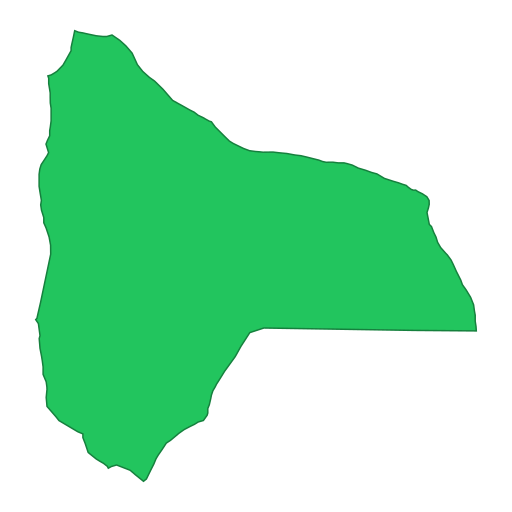 the district of Idanre, Ondo, Nigeria
{"feature_id": "59680162B2298430697284", "entity_name": "Idanre", "entity_type": "district", "adm_level": 2, "iso_a3": "NGA", "parent_name": "Nigeria", "parent_adm1": "Ondo", "projection": "mercator", "projection_center": [5.189, 6.977], "detail": "fine", "context": "isolated", "style": "filled", "palette": "green", "viewbox_px": 512, "rotation_deg": 0, "n_neighbors": 0, "source": "geoboundaries", "source_scale": "gbopen_adm2", "svg_char_len": 2668}
<svg xmlns="http://www.w3.org/2000/svg" viewBox="0 0 512 512"><path d="M35.7,319.6L38.4,323.6L39.2,329.6L40.0,335.6L39.2,338.6L39.7,344.4L40.0,348.3L41.6,356.5L42.3,360.9L43.1,366.9L43.1,374.4L46.2,381.8L46.9,387.0L47.0,390.0L46.9,390.3L46.2,397.5L47.0,406.4L56.0,416.8L59.0,420.6L77.7,431.7L82.9,433.9L82.9,437.6L85.2,443.5L86.7,448.0L88.2,452.5L96.1,458.9L99.8,461.2L103.6,463.4L107.3,466.3L108.3,468.2L111.4,466.5L116.6,465.0L130.0,470.2L133.4,473.0L135.2,474.6L143.5,481.3L146.4,479.0L150.8,470.0L153.8,464.1L156.0,458.8L158.2,455.1L161.9,449.8L166.3,443.1L170.8,440.1L178.9,433.3L184.1,429.6L190.0,426.5L194.5,424.3L198.2,422.0L203.4,420.5L207.1,415.3L207.8,413.0L207.8,408.5L209.3,404.8L210.0,401.8L210.7,398.8L211.4,395.2L212.9,390.7L215.1,387.0L216.6,384.0L218.1,381.7L221.0,377.1L224.7,371.1L226.9,368.1L235.0,356.9L235.9,355.4L240.9,346.4L249.8,332.6L263.9,328.0L395.7,330.1L414.3,330.4L476.3,330.9L476.0,326.4L475.2,321.2L475.2,318.8L475.2,315.2L474.4,310.8L473.6,304.8L470.6,297.3L466.1,289.9L462.4,284.7L460.8,280.2L456.3,271.3L453.3,264.6L451.1,260.1L447.3,254.9L445.8,253.4L440.6,247.5L437.6,242.3L436.0,237.1L433.8,232.6L431.5,226.6L429.3,224.4L427.0,212.5L428.4,208.0L429.2,204.3L429.1,200.5L426.9,196.8L422.4,193.8L417.9,191.6L415.7,190.1L413.5,190.2L411.2,189.4L408.2,187.2L406.2,185.4L402.3,184.2L398.5,182.8L393.3,181.3L384.4,178.4L376.9,173.9L371.7,172.5L365.7,170.3L358.3,168.1L352.3,165.1L347.1,163.6L344.1,162.9L341.9,162.9L338.3,162.9L332.9,162.2L329.2,162.2L326.2,162.3L322.5,161.5L318.8,160.1L312.8,158.6L306.9,157.1L300.9,155.7L294.9,155.0L286.8,153.5L279.3,152.8L273.3,152.1L270.4,152.1L262.9,152.2L259.4,151.8L255.5,151.5L249.5,150.7L243.6,148.5L237.6,145.6L233.1,143.4L229.4,141.1L224.9,136.7L220.4,132.2L215.2,127.0L211.4,121.8L209.2,121.1L204.7,118.6L204.0,118.1L198.0,115.2L194.2,112.2L189.8,110.0L184.5,107.0L181.3,105.2L177.8,103.3L172.6,100.4L167.4,94.4L162.9,89.2L159.1,85.5L154.6,81.1L149.4,77.4L146.7,75.0L142.7,71.4L140.4,68.5L137.4,64.7L132.1,53.1L125.9,45.9L119.7,40.3L112.0,35.0L106.8,36.5L103.0,36.5L96.3,35.8L89.6,34.4L85.9,33.6L82.9,32.9L78.5,32.2L74.7,30.7L73.3,37.5L71.8,44.2L71.1,47.5L71.1,50.7L68.9,54.7L66.0,59.9L63.0,65.1L57.1,71.2L54.9,72.7L51.2,74.9L47.9,75.9L48.7,78.3L48.7,83.6L50.2,92.9L50.2,97.0L50.3,103.0L51.1,108.2L51.1,112.7L51.1,120.9L50.3,127.1L49.7,130.6L49.7,135.8L47.5,140.3L46.0,144.1L48.6,152.6L47.1,155.6L44.2,160.1L41.2,164.6L39.8,169.1L39.1,174.3L39.1,177.4L39.1,181.0L39.1,183.4L39.1,186.3L39.9,191.5L41.4,200.4L40.7,204.9L41.5,210.2L43.8,217.6L43.8,222.8L46.1,228.0L49.1,237.0L50.6,245.2L50.7,254.2L40.5,302.7L36.9,318.4L35.7,319.6Z" fill="#22c55e" stroke="#15803d" stroke-width="1.5"/></svg>